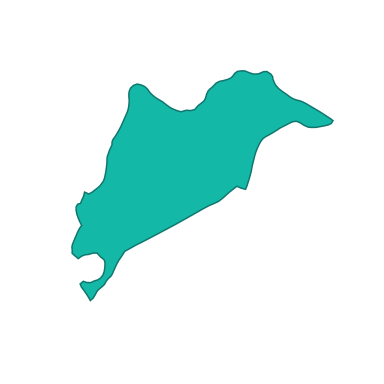 the district of Changamwe, Coast, Kenya, rotated 114°
{"feature_id": "3690345B29698096186163", "entity_name": "Changamwe", "entity_type": "district", "adm_level": 2, "iso_a3": "KEN", "parent_name": "Kenya", "parent_adm1": "Coast", "projection": "natural_earth1", "projection_center": [39.602, -4.018], "detail": "fine", "context": "isolated", "style": "filled", "palette": "teal", "viewbox_px": 384, "rotation_deg": 114, "n_neighbors": 0, "source": "geoboundaries", "source_scale": "gbopen_adm2", "svg_char_len": 2642}
<svg xmlns="http://www.w3.org/2000/svg" viewBox="0 0 384 384"><g transform="rotate(114 192 192)"><path d="M332.5,240.7L329.1,239.1L324.8,238.6L321.6,238.4L319.0,237.6L315.5,235.8L311.8,234.3L308.9,234.2L305.2,233.3L302.2,231.9L299.7,231.5L295.4,231.5L291.7,231.5L287.6,231.4L283.8,231.0L278.4,230.0L273.6,229.3L263.8,222.0L255.6,215.3L242.4,204.9L232.1,196.9L229.1,194.5L216.6,185.2L204.0,175.9L201.1,173.7L197.4,170.8L193.8,167.4L189.9,164.0L185.5,161.6L181.0,159.6L177.0,157.8L172.2,155.3L168.5,153.3L168.5,148.7L167.8,144.2L165.0,144.2L162.2,144.5L158.4,144.9L154.5,145.4L149.0,146.3L145.1,147.3L142.1,147.9L138.7,148.5L134.7,149.2L131.6,149.7L128.3,150.0L124.6,150.1L120.6,150.0L117.5,149.7L114.2,148.8L111.3,147.1L108.8,145.1L105.2,142.5L101.0,139.6L97.5,137.4L94.2,134.7L92.0,132.9L89.3,130.8L86.7,128.4L84.9,125.3L84.8,121.1L85.5,116.7L85.5,112.3L84.5,109.3L82.6,105.1L80.0,101.3L77.8,98.1L75.1,94.6L72.7,92.6L69.5,92.2L68.7,95.1L68.2,98.6L67.4,103.3L66.7,108.0L66.1,113.1L65.5,118.5L64.9,123.4L64.7,127.4L64.8,130.4L65.4,133.4L65.7,137.1L65.4,140.7L64.3,145.5L63.5,150.1L62.3,154.8L60.3,159.2L58.1,161.8L56.1,163.9L53.8,165.3L52.2,168.0L51.5,172.7L53.0,175.6L57.2,179.5L59.3,184.0L59.7,187.7L59.9,193.1L61.5,196.6L63.3,199.5L66.2,201.2L70.1,202.0L72.5,203.2L74.8,205.4L77.5,208.7L79.7,211.8L82.8,214.3L87.4,215.9L90.8,217.6L93.3,218.4L97.0,218.4L100.6,217.8L104.0,218.1L106.6,219.4L110.7,221.6L115.5,223.0L118.1,226.2L119.6,230.4L123.2,234.7L123.8,239.3L123.9,243.8L123.6,247.2L122.8,250.8L121.5,255.9L121.1,260.0L120.6,263.6L119.6,267.4L118.1,271.3L116.0,274.7L114.9,278.2L114.9,282.4L115.7,286.0L118.3,288.7L121.7,290.3L124.8,290.4L127.3,289.9L130.7,288.4L134.1,286.5L136.6,285.6L139.3,284.7L142.7,283.9L146.4,283.6L149.4,283.6L152.7,283.6L156.6,283.6L161.2,283.6L165.3,283.9L168.5,284.2L172.8,284.8L175.8,285.5L178.8,285.4L181.4,284.3L184.0,284.3L186.9,284.4L190.5,284.1L194.0,283.8L196.9,282.9L199.6,281.7L203.9,280.3L207.6,279.2L211.0,278.4L214.1,277.7L218.0,277.3L223.8,278.6L227.5,280.3L230.0,281.7L232.4,282.9L235.8,285.4L235.8,290.1L239.9,289.3L243.9,289.4L247.7,289.2L249.7,291.5L252.6,291.8L255.7,290.5L258.9,288.3L261.8,285.6L264.8,282.4L267.4,279.2L270.8,279.9L275.0,280.2L278.9,280.1L282.1,280.1L284.9,280.0L288.5,279.9L291.2,279.3L294.0,277.7L296.7,276.6L297.8,273.5L299.1,268.8L295.6,266.8L292.9,264.2L291.2,261.2L288.1,257.6L286.4,254.0L288.5,249.1L289.6,244.8L292.0,242.7L296.2,241.0L300.2,239.9L304.1,239.6L307.7,240.5L310.7,242.4L312.9,245.0L316.0,247.7L317.5,251.4L317.8,255.0L321.5,256.8L323.8,254.4L326.3,249.9L328.4,246.5L330.3,243.7L332.5,240.7Z" fill="#14b8a6" stroke="#0f766e" stroke-width="1.5"/></g></svg>